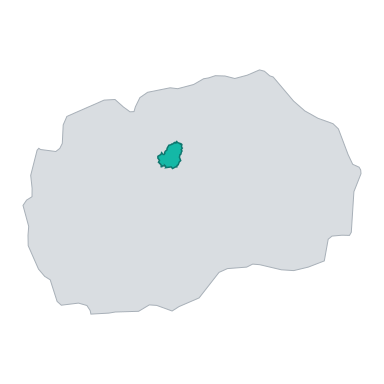 location of Zelenikovo, Zelenikovo, North Macedonia
{"feature_id": "65306769B35230400843522", "entity_name": "Zelenikovo", "entity_type": "district", "adm_level": 2, "iso_a3": "MKD", "parent_name": "North Macedonia", "parent_adm1": "Zelenikovo", "projection": "robinson", "projection_center": [21.57, 41.832], "detail": "fine", "context": "in_parent", "style": "filled", "palette": "teal", "viewbox_px": 384, "rotation_deg": 0, "n_neighbors": 0, "source": "geoboundaries", "source_scale": "gbopen_adm2", "svg_char_len": 1831}
<svg xmlns="http://www.w3.org/2000/svg" viewBox="0 0 384 384"><path d="M170.3,87.8L177.7,88.7L193.6,84.5L203.5,78.8L208.6,77.9L215.3,75.7L225.0,76.0L234.8,78.5L247.2,75.2L259.5,69.9L264.4,71.2L269.7,75.8L273.2,77.0L293.6,101.1L304.8,110.9L318.0,118.3L333.0,123.7L338.4,128.9L348.1,154.6L352.7,164.3L359.1,167.2L360.7,170.0L361.0,173.7L353.9,191.7L351.3,232.2L349.5,235.4L342.0,235.2L332.0,236.1L328.2,239.2L324.3,260.9L308.3,267.1L293.7,270.6L281.4,269.8L259.8,264.7L252.7,264.1L246.7,267.1L227.4,268.6L219.0,272.4L199.1,297.9L179.0,306.6L172.1,311.0L156.7,305.4L149.3,304.9L138.6,311.3L115.3,312.0L108.9,313.1L90.9,314.1L90.2,310.6L86.9,305.5L78.5,303.1L61.3,305.2L57.1,301.4L50.2,279.8L44.7,276.4L38.5,269.1L28.2,245.7L28.0,235.4L28.7,226.4L23.0,205.4L26.6,200.1L32.0,196.7L32.1,188.3L30.7,175.4L37.1,150.2L38.8,148.3L40.5,149.5L55.8,151.5L59.8,148.4L62.3,143.4L63.2,124.9L66.9,116.4L104.1,100.1L115.0,99.5L123.4,107.0L130.0,111.8L134.0,111.6L135.4,106.8L139.9,97.6L147.6,92.3L170.1,87.8L170.3,87.8Z" fill="#d9dde1" stroke="#a8b0b8" stroke-width="1"/><path d="M180.0,154.6L180.4,154.6L180.9,154.1L181.3,152.2L182.0,151.0L181.2,149.7L182.3,148.1L181.8,147.7L181.5,146.4L181.8,144.8L180.9,144.4L181.4,144.1L180.9,143.7L177.8,142.7L176.8,141.7L176.1,143.0L175.5,143.0L175.7,142.4L175.1,142.9L174.5,142.5L172.5,144.1L171.6,144.1L170.9,144.8L168.9,145.2L167.1,148.3L167.0,149.8L165.3,151.3L164.7,152.4L164.8,153.6L164.0,154.5L163.1,154.4L161.6,152.7L161.0,154.4L157.9,156.3L157.9,158.2L159.5,160.3L158.5,162.2L159.1,162.5L159.5,163.5L160.1,163.7L161.1,164.8L161.2,166.7L161.9,166.7L162.5,165.8L164.8,166.0L164.7,165.4L165.5,166.1L165.9,167.1L165.6,167.7L171.2,166.9L172.5,168.5L175.8,166.8L176.8,166.9L177.1,165.4L178.2,164.8L179.2,162.0L180.7,160.6L179.4,157.2L180.0,154.6Z" fill="#14b8a6" stroke="#0f766e" stroke-width="1.5"/></svg>